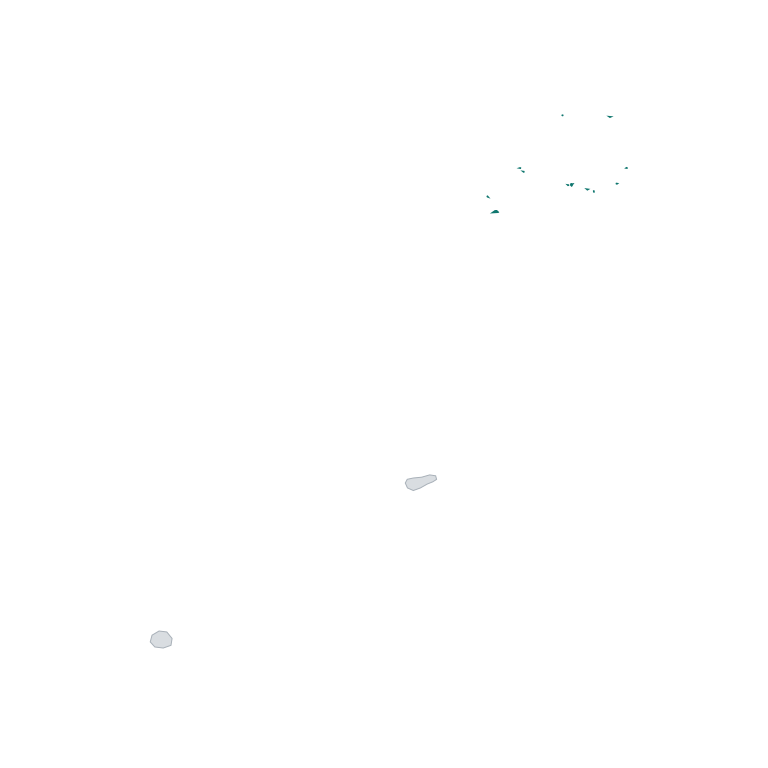 Maldives, with Baa highlighted, rotated 53°
{"feature_id": "MDV-5228", "entity_name": "Baa", "entity_type": "Atoll", "adm_level": 1, "iso_a3": "MDV", "parent_name": "Maldives", "parent_adm1": "", "projection": "orthographic", "projection_center": [73.003, 5.117], "detail": "fine", "context": "in_parent", "style": "filled", "palette": "teal", "viewbox_px": 768, "rotation_deg": 53, "n_neighbors": 0, "source": "natural_earth", "source_scale": "10m", "svg_char_len": 1224}
<svg xmlns="http://www.w3.org/2000/svg" viewBox="0 0 768 768"><g transform="rotate(53 384 384)"><path d="M486.7,424.7L481.1,427.8L475.9,426.6L474.1,422.8L476.7,417.2L481.1,410.0L484.1,402.2L488.4,398.0L491.8,399.4L491.5,403.8L489.9,409.8L488.9,417.6L486.7,424.7ZM456.1,725.3L449.3,725.9L445.0,720.4L445.9,712.3L451.3,706.7L459.7,706.4L464.5,711.4L462.0,719.2L456.1,725.3Z" fill="#d9dde1" stroke="#a8b0b8" stroke-width="1"/><path d="M315.5,189.4L315.5,189.5L312.4,194.2L312.5,191.1L313.4,189.8L314.5,189.5L315.5,189.4ZM337.9,112.8L338.2,113.8L338.7,114.5L338.7,115.0L337.4,115.1L336.7,114.2L336.9,113.8L337.5,113.5L337.9,112.8ZM351.4,103.8L351.3,104.7L350.3,104.9L351.4,103.8ZM364.4,77.0L364.4,77.6L363.3,78.1L364.4,77.0ZM307.1,42.1L306.9,43.0L306.0,43.3L307.1,42.1ZM299.0,144.0L298.9,144.1L298.8,144.7L298.8,144.8L298.3,145.0L297.9,145.1L299.0,144.0ZM336.5,116.5L336.1,117.5L335.4,117.6L336.5,116.5ZM295.7,188.4L297.4,188.3L296.8,188.7L295.7,188.4L295.7,188.4ZM358.3,59.6L357.2,60.7L357.2,60.2L358.3,59.6ZM277.3,79.1L277.0,79.9L276.2,80.2L277.3,79.1ZM355.5,100.0L356.5,100.4L357.6,100.9L356.5,100.7L355.5,100.0ZM294.2,144.8L293.1,145.8L293.3,145.2L294.2,144.8Z" fill="#14b8a6" stroke="#0f766e" stroke-width="1.5"/></g></svg>